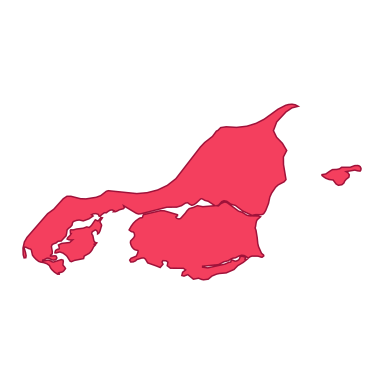 SVG path tracing the border of Nordjylland
{"feature_id": "DNK-3418", "entity_name": "Nordjylland", "entity_type": "Region", "adm_level": 1, "iso_a3": "DNK", "parent_name": "Denmark", "parent_adm1": "", "projection": "natural_earth1", "projection_center": [9.42, 57.153], "detail": "fine", "context": "isolated", "style": "filled", "palette": "rose", "viewbox_px": 384, "rotation_deg": 0, "n_neighbors": 0, "source": "natural_earth", "source_scale": "10m", "svg_char_len": 5424}
<svg xmlns="http://www.w3.org/2000/svg" viewBox="0 0 384 384"><path d="M147.7,262.9L145.4,259.1L144.2,258.2L143.7,257.9L141.4,258.1L136.8,259.6L135.6,260.8L133.2,261.9L130.7,262.0L129.7,260.1L131.0,258.3L136.3,256.1L137.5,253.6L138.1,251.5L137.9,250.5L135.1,249.8L133.9,249.1L132.9,248.1L132.1,247.1L131.5,246.1L130.9,244.6L130.4,242.8L130.6,241.0L131.1,240.5L133.8,237.6L134.1,236.9L134.6,236.2L134.5,234.4L134.0,232.8L133.3,232.0L131.9,231.8L130.9,231.3L129.1,229.9L131.2,226.2L133.3,223.3L135.7,220.9L139.2,218.4L140.0,218.0L140.9,217.8L141.9,217.8L142.5,217.3L143.1,215.2L143.5,214.7L160.4,210.7L164.2,210.8L177.5,214.7L177.5,215.8L176.0,216.5L175.9,217.4L176.8,218.3L178.4,218.9L179.9,218.8L181.0,218.0L185.2,213.3L187.1,210.7L189.2,208.6L193.6,207.4L197.4,205.7L202.9,206.7L215.0,205.7L208.3,201.3L204.9,200.4L202.5,199.0L201.3,198.7L200.4,199.1L196.4,202.9L194.2,204.5L191.8,205.3L189.6,204.2L187.6,202.7L185.4,203.1L181.4,205.7L176.8,207.1L166.9,207.2L140.8,213.8L138.5,214.0L136.3,213.3L123.6,205.7L124.3,207.7L123.4,208.7L119.6,209.7L116.8,211.2L115.4,211.7L113.4,211.7L114.1,210.8L112.1,209.9L110.1,210.2L108.2,211.3L106.3,212.8L104.4,212.7L102.1,214.3L100.1,216.1L99.2,216.3L98.3,214.4L96.0,213.6L93.4,213.8L91.5,214.7L93.1,216.0L89.0,218.8L83.3,220.9L79.2,220.0L76.5,220.4L73.9,221.3L72.6,222.4L72.0,225.2L70.5,226.9L68.6,228.3L67.1,229.9L66.5,234.1L66.3,234.4L66.1,235.7L65.6,236.4L64.9,237.0L61.2,241.0L58.6,241.2L57.4,241.6L56.9,242.4L56.0,243.0L54.1,243.6L52.2,244.6L51.4,246.5L52.3,251.5L52.2,253.8L50.5,255.2L50.5,256.1L55.1,255.8L56.1,256.1L56.9,257.9L56.3,259.1L54.8,259.9L53.3,260.1L51.9,259.8L49.3,258.4L47.8,258.1L46.4,258.4L44.1,259.7L42.7,260.1L42.6,261.2L48.1,260.1L49.7,260.5L52.1,261.8L53.3,262.1L61.3,259.6L63.0,260.1L63.3,261.2L63.0,264.0L63.0,265.2L64.7,267.2L65.5,268.6L63.8,270.8L62.6,271.8L61.1,272.3L59.4,272.5L58.4,272.9L58.5,273.5L59.9,274.2L57.6,274.2L54.4,272.1L51.6,269.4L50.4,267.7L49.4,265.5L46.8,263.7L43.6,262.6L40.7,262.1L38.7,261.4L36.2,259.5L34.0,257.2L32.5,255.2L31.3,249.9L30.6,249.1L29.0,248.7L25.8,247.2L23.9,247.1L25.5,252.5L26.1,255.7L25.8,257.7L24.1,257.9L23.2,254.8L23.0,248.0L24.4,241.9L27.0,237.4L47.6,213.7L53.8,209.2L63.3,198.7L66.9,196.3L71.0,196.3L80.5,198.7L85.9,198.9L96.2,197.3L100.8,195.6L106.3,191.3L108.3,190.7L136.8,193.6L147.2,192.7L157.6,190.0L167.3,185.4L175.9,178.7L200.4,147.0L204.7,142.5L212.5,136.4L216.4,131.1L217.9,130.4L220.7,127.6L226.2,126.8L236.6,127.4L246.9,126.2L256.2,123.3L264.2,119.2L278.0,109.2L285.6,105.3L288.6,104.5L292.0,104.2L295.3,104.8L298.1,106.3L291.9,107.9L286.0,111.9L276.7,121.9L273.4,130.7L276.6,137.3L282.4,143.3L286.7,150.5L283.4,156.9L283.5,164.6L286.0,179.6L284.1,181.8L278.3,184.8L275.6,187.2L271.6,193.1L269.8,197.1L268.5,203.4L265.7,210.5L264.3,212.8L263.4,213.9L262.4,214.4L261.2,214.7L255.8,214.6L254.1,214.9L252.1,215.4L242.5,210.8L235.4,205.4L230.7,204.1L226.9,201.3L224.0,200.7L221.7,201.6L218.5,205.3L216.3,205.7L218.4,205.9L220.8,203.7L222.8,202.7L224.9,202.0L227.2,202.7L238.5,211.1L242.3,212.4L246.7,215.2L249.2,215.8L258.4,216.0L260.5,216.8L257.3,219.7L256.6,220.9L256.1,222.8L255.5,226.8L255.1,227.9L256.0,230.3L257.2,237.8L257.8,243.7L258.6,246.8L261.4,253.1L262.4,254.1L263.5,254.9L263.8,255.9L262.2,257.2L261.3,257.2L258.6,256.3L257.2,256.1L252.0,256.1L250.2,256.7L248.2,258.1L246.2,256.6L244.1,255.5L241.6,255.2L238.7,256.1L236.1,257.5L235.1,257.9L233.2,258.1L231.5,258.7L228.0,260.8L223.8,261.8L218.6,264.6L202.6,266.2L202.6,267.2L207.8,267.9L225.0,264.1L228.8,262.4L230.5,262.1L230.9,261.8L231.0,261.1L231.2,260.4L232.0,260.1L233.0,260.3L234.5,261.0L235.2,261.2L236.4,261.0L237.8,260.4L239.0,259.6L239.5,258.6L240.2,256.6L242.0,256.3L245.8,257.2L245.5,257.7L244.9,259.1L246.9,259.4L243.2,262.4L237.8,265.6L234.0,269.5L226.2,272.9L219.4,273.5L216.6,274.1L212.0,276.0L208.2,279.2L203.5,279.8L201.5,279.4L198.5,278.2L193.4,279.2L187.8,274.6L184.0,276.1L181.8,275.5L182.6,272.3L185.6,269.9L183.4,268.3L170.4,268.2L167.2,265.7L167.9,262.2L166.2,260.8L162.9,260.6L162.0,262.1L163.0,264.2L160.2,267.5L155.9,265.8L147.7,262.9ZM90.5,252.0L89.0,253.4L84.2,256.1L83.6,258.6L74.5,260.4L71.3,261.7L70.1,261.2L67.1,256.4L65.9,255.2L63.1,253.1L60.3,252.1L59.6,252.0L56.0,253.0L54.9,252.8L55.3,251.1L55.8,250.3L56.7,249.7L57.7,249.2L58.8,249.1L59.3,248.4L59.1,247.0L58.7,245.6L58.4,245.0L61.6,243.4L69.7,242.5L72.6,239.9L71.1,240.0L69.7,239.9L68.4,239.6L67.1,239.0L67.8,237.6L70.1,235.4L71.0,233.9L70.6,234.0L70.4,232.8L70.3,230.4L70.6,229.9L71.5,229.8L72.5,229.9L73.3,229.9L76.6,229.0L83.3,228.2L86.7,226.9L89.2,227.5L91.5,225.4L95.3,219.8L98.0,221.0L99.6,219.3L100.9,217.4L102.4,217.8L101.7,218.9L100.3,220.8L100.0,221.9L100.2,222.5L101.4,224.5L101.6,225.8L101.4,226.1L100.0,230.9L99.1,232.7L98.5,233.4L97.6,233.9L97.6,232.2L97.0,231.0L96.2,230.3L95.3,229.9L92.6,231.5L92.1,232.0L91.7,233.5L92.0,234.5L92.6,235.2L92.9,235.9L93.9,240.8L94.9,242.3L96.8,242.9L96.1,243.7L95.4,244.0L94.6,244.1L93.6,244.0L94.5,244.5L95.3,245.0L93.7,246.7L92.0,250.0L90.5,252.0ZM354.7,165.6L357.8,165.5L359.1,165.9L360.1,166.6L361.0,168.3L360.9,169.9L360.1,171.1L357.5,170.8L354.8,170.1L346.1,171.6L347.9,172.7L349.3,174.8L348.9,177.2L346.2,179.3L344.7,181.1L343.8,183.1L341.9,184.7L338.4,185.3L336.1,184.0L333.1,180.0L329.1,179.5L325.9,178.3L323.9,177.0L322.0,175.5L322.0,174.6L325.8,174.0L329.5,171.4L332.4,169.6L337.0,169.4L339.6,168.8L341.6,167.3L350.1,167.3L354.7,165.6Z" fill="#f43f5e" stroke="#9f1239" stroke-width="1.5"/></svg>